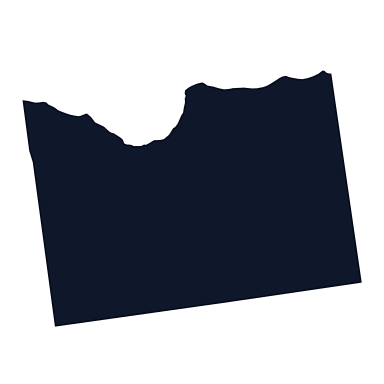 Knox, Nebraska, United States of America (Albers equal-area conic projection), rotated 352°
{"feature_id": "52423323B21307284690044", "entity_name": "Knox", "entity_type": "district", "adm_level": 2, "iso_a3": "USA", "parent_name": "United States of America", "parent_adm1": "Nebraska", "projection": "albers", "projection_center": [-97.924, 42.66], "detail": "fine", "context": "isolated", "style": "filled", "palette": "ink", "viewbox_px": 384, "rotation_deg": 352, "n_neighbors": 0, "source": "geoboundaries", "source_scale": "gbopen_adm2", "svg_char_len": 1398}
<svg xmlns="http://www.w3.org/2000/svg" viewBox="0 0 384 384"><g transform="rotate(352 192 192)"><path d="M346.7,304.6L345.7,94.8L343.3,94.2L341.5,93.3L340.4,92.4L339.9,91.3L338.3,90.7L334.1,93.1L328.2,95.0L322.4,96.1L317.0,96.4L312.2,95.3L305.8,93.2L303.0,92.0L301.3,90.9L298.3,90.9L295.2,91.8L289.5,94.5L285.3,96.4L281.1,98.0L277.2,98.8L270.4,99.1L265.0,98.4L257.8,96.6L246.6,95.6L245.3,95.8L241.2,95.8L237.6,95.5L232.4,93.6L227.5,91.3L226.2,90.9L221.7,89.4L218.4,86.4L217.4,85.8L215.3,85.8L211.1,86.4L206.4,87.7L203.5,88.8L199.9,90.9L199.3,93.2L199.3,94.0L199.8,95.2L199.7,96.6L198.6,98.6L198.2,102.8L196.4,107.5L195.0,112.1L194.4,113.2L192.8,114.9L188.8,121.4L187.3,123.5L184.7,126.0L182.7,126.8L178.4,132.0L177.0,133.2L172.0,136.3L170.7,136.6L167.5,136.8L161.7,136.2L156.1,138.6L153.2,139.6L152.4,139.6L151.2,139.1L148.4,140.1L146.9,140.0L140.2,139.1L139.4,138.3L137.6,137.5L136.6,137.1L134.0,136.7L132.1,135.7L130.9,134.7L130.4,132.1L129.8,130.4L128.1,128.6L122.4,123.7L120.5,123.0L118.0,121.2L114.2,116.5L113.1,115.4L105.7,110.5L105.1,110.0L101.8,104.1L98.5,100.5L98.0,100.4L96.2,100.9L92.4,101.8L90.8,101.9L89.4,101.8L82.5,99.5L77.0,96.8L71.3,93.6L69.6,92.4L68.8,91.3L66.8,89.5L61.2,85.8L60.1,84.0L59.4,83.5L56.9,82.7L53.2,82.8L48.8,82.4L42.3,79.8L37.7,78.5L37.3,128.4L39.2,140.3L38.3,305.5L40.3,305.5L215.4,305.4L346.7,304.6Z" fill="#0f172a" stroke="#020617" stroke-width="1.5"/></g></svg>